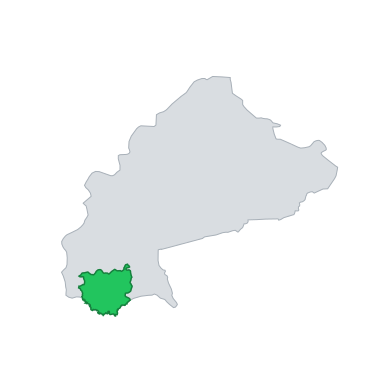 Komoé highlighted on a map of Burkina Faso, rotated 346°
{"feature_id": "BFA-2836", "entity_name": "Komoé", "entity_type": "Province", "adm_level": 1, "iso_a3": "BFA", "parent_name": "Burkina Faso", "parent_adm1": "", "projection": "albers", "projection_center": [-4.486, 10.237], "detail": "fine", "context": "in_parent", "style": "filled", "palette": "green", "viewbox_px": 384, "rotation_deg": 346, "n_neighbors": 0, "source": "natural_earth", "source_scale": "10m", "svg_char_len": 6564}
<svg xmlns="http://www.w3.org/2000/svg" viewBox="0 0 384 384"><g transform="rotate(346 192 192)"><path d="M284.5,238.6L274.9,239.1L271.4,240.2L269.3,240.3L269.2,239.4L268.9,238.9L256.8,236.1L248.3,234.5L239.6,232.6L239.2,234.5L237.9,235.6L236.1,235.8L234.8,235.5L233.9,236.9L232.5,238.8L230.5,239.7L228.6,240.9L227.5,241.9L226.7,241.9L224.7,239.6L222.1,239.4L217.2,239.8L215.0,239.2L212.0,238.9L204.9,239.5L193.5,238.6L191.7,239.2L191.2,239.6L180.0,239.8L167.6,240.0L157.3,240.2L148.2,240.3L148.2,239.9L145.3,239.9L145.0,240.7L142.5,250.2L142.2,255.3L143.6,258.5L145.1,260.6L146.9,261.4L147.0,262.5L145.7,264.0L145.8,265.6L147.4,267.1L147.8,268.8L147.0,270.5L147.2,274.7L148.5,281.3L148.5,285.5L147.4,287.5L148.0,290.8L150.2,295.5L150.6,297.5L149.8,298.4L148.0,299.7L146.1,299.7L143.9,296.8L142.9,295.5L141.1,292.7L139.6,289.7L137.6,288.5L135.6,287.3L133.1,283.6L130.8,281.9L128.3,282.4L124.7,281.7L117.4,280.8L109.5,281.1L106.3,282.0L103.1,283.3L94.9,286.3L91.7,287.7L89.3,291.5L86.5,291.4L83.7,290.2L82.0,288.5L78.3,288.9L74.7,287.2L71.2,284.0L68.6,283.0L65.4,280.6L64.5,276.2L62.4,273.1L60.5,268.8L57.7,266.8L54.5,265.8L50.0,266.0L47.0,264.3L44.7,261.7L45.3,259.6L46.4,256.5L46.5,253.5L47.2,248.6L46.8,242.5L46.0,238.3L48.5,236.6L51.4,235.0L53.2,232.1L55.0,225.7L55.8,220.1L55.2,218.0L54.3,216.4L53.5,214.0L53.1,211.0L53.6,208.5L55.8,206.1L58.5,204.1L60.4,203.2L65.5,202.2L71.9,200.8L75.6,199.1L78.2,197.4L79.7,196.1L81.3,193.4L83.7,191.3L85.6,189.2L85.9,183.3L85.9,179.9L84.5,178.0L83.7,176.5L93.1,171.8L93.2,168.6L91.9,164.9L90.0,162.0L89.3,159.5L91.9,156.5L94.2,154.3L95.9,152.4L99.6,149.5L103.4,148.7L106.9,149.8L117.2,156.6L119.0,157.0L121.1,156.5L123.9,154.7L127.4,153.3L128.6,148.7L128.5,142.0L129.3,138.9L131.1,138.4L137.1,139.6L138.6,139.7L140.3,139.3L141.5,138.1L141.5,135.9L141.2,134.0L143.1,127.8L146.6,123.1L153.6,117.2L155.8,116.0L158.4,115.4L171.1,119.3L173.2,118.3L176.2,108.4L179.7,107.4L183.8,107.2L186.5,106.3L187.9,105.6L193.9,101.8L204.5,96.6L210.2,94.3L211.3,93.5L215.3,89.8L220.7,85.6L224.2,84.7L229.0,84.3L232.0,85.0L232.8,86.1L233.8,86.7L240.0,84.9L249.0,87.6L256.8,90.2L256.3,92.0L256.4,95.1L255.8,100.1L255.1,106.0L258.3,109.7L262.2,113.8L263.3,115.4L262.3,119.4L263.1,121.8L265.2,125.7L268.7,130.7L272.3,135.8L274.8,136.5L277.1,136.8L278.6,137.7L280.7,138.6L282.7,139.2L284.5,140.3L285.7,141.3L287.3,144.5L291.3,146.5L294.1,148.6L293.0,149.7L289.5,149.3L286.2,148.4L285.8,150.0L285.8,155.8L286.4,160.7L287.2,161.3L290.5,162.2L298.5,168.4L305.7,174.2L308.1,175.7L312.0,176.3L316.5,176.4L318.3,175.8L322.6,172.7L324.8,172.3L326.9,172.4L328.1,172.8L330.2,175.3L332.2,178.9L332.8,181.7L332.6,183.2L332.0,183.7L328.5,184.5L327.0,185.1L326.6,185.9L327.2,187.8L327.9,188.9L331.9,194.2L337.5,201.3L339.3,203.2L338.4,205.4L335.7,211.1L333.6,213.5L324.4,221.7L319.8,220.8L310.3,222.6L308.8,220.8L306.6,220.6L303.8,221.0L302.8,221.7L302.5,222.5L301.5,223.6L299.8,226.8L298.5,227.6L296.8,228.2L294.7,228.1L293.5,228.6L293.5,230.2L293.1,231.5L291.7,232.2L291.2,233.8L291.3,235.3L290.5,236.0L288.7,235.6L287.6,235.2L286.6,237.2L285.4,238.6L284.5,238.6Z" fill="#d9dde1" stroke="#a8b0b8" stroke-width="1"/><path d="M60.3,270.1L59.9,270.1L59.9,269.9L60.0,269.7L60.1,267.4L59.8,266.8L60.8,266.0L60.8,265.3L60.9,264.7L61.3,264.1L61.4,263.6L61.2,262.3L61.2,261.6L60.9,260.9L60.3,260.2L60.2,258.6L59.4,258.2L58.8,257.6L59.2,256.8L59.6,256.0L60.0,256.2L60.9,256.3L62.0,255.9L63.1,255.7L63.8,255.4L64.4,255.7L64.9,255.7L65.3,255.1L65.9,253.9L66.1,253.2L66.3,252.5L66.2,251.1L65.9,249.9L66.1,249.1L66.2,248.2L65.6,247.7L65.0,247.8L64.4,247.6L63.4,247.4L62.4,246.9L62.0,246.3L64.0,245.6L65.6,244.2L66.4,244.1L68.0,244.4L71.2,244.4L71.7,244.6L72.0,244.9L72.2,245.4L73.3,246.7L73.7,247.4L74.3,247.7L75.3,248.0L76.2,248.5L76.9,248.4L78.9,247.0L79.2,246.6L79.8,245.9L80.9,245.3L81.8,244.9L82.7,244.9L83.6,245.0L84.5,245.3L85.3,246.2L86.2,248.7L86.6,249.3L87.2,249.6L88.2,249.6L90.4,250.3L90.7,250.6L90.9,251.0L91.3,251.4L91.9,251.4L93.9,250.2L94.2,250.0L95.2,249.5L96.7,249.0L97.8,248.5L98.3,248.4L98.6,248.6L99.5,249.6L100.0,250.1L100.5,250.4L101.3,250.6L103.5,251.0L104.3,251.9L104.9,251.8L105.5,251.5L106.7,251.1L107.2,250.7L107.4,250.1L107.5,249.3L108.8,248.0L109.2,247.3L109.7,246.8L110.3,246.5L111.9,246.5L111.9,246.8L112.2,247.4L112.8,248.0L113.1,248.8L113.3,249.6L112.7,249.9L110.6,249.9L109.9,250.0L109.5,250.3L109.4,250.7L109.3,251.1L109.5,251.6L109.9,252.0L110.5,252.2L112.0,252.3L112.4,252.7L113.1,253.5L113.1,253.8L113.1,254.4L113.0,254.8L112.9,255.2L112.8,258.5L113.0,259.6L113.0,260.2L112.8,260.3L112.5,260.6L112.1,261.0L111.8,261.8L111.4,262.7L110.4,264.1L110.2,264.4L110.0,264.6L110.0,265.3L110.3,265.8L110.5,266.3L110.7,267.6L111.0,268.3L111.1,268.9L110.8,269.6L109.6,271.3L108.9,272.7L108.5,273.3L107.3,273.9L105.7,274.4L104.8,274.4L103.7,274.1L102.9,274.2L102.6,274.8L102.2,276.0L102.0,276.5L102.4,277.5L104.6,279.3L105.7,280.4L105.8,281.2L105.8,281.8L105.8,282.0L105.1,282.2L103.7,283.1L102.9,283.3L102.3,283.6L102.1,284.3L101.9,284.8L100.7,284.8L100.4,284.9L99.8,285.2L99.8,285.3L99.8,285.5L99.7,285.7L99.2,285.7L98.9,285.4L96.7,284.8L96.1,284.9L95.4,285.4L94.3,286.9L93.6,287.3L92.2,287.5L91.6,287.7L91.1,288.2L91.7,288.4L90.6,289.6L90.3,289.9L90.3,290.2L90.5,291.1L90.4,291.6L89.9,292.6L89.6,292.9L88.6,292.4L88.0,292.3L87.9,292.9L87.9,293.5L87.8,293.8L87.3,293.6L87.0,293.2L86.7,291.9L86.4,291.4L85.5,291.2L84.1,291.2L82.9,291.1L82.4,290.3L82.5,289.6L82.8,288.6L82.9,288.0L82.8,287.8L82.6,287.7L82.3,287.6L81.6,287.6L81.5,287.8L81.4,288.1L81.2,288.6L81.2,289.1L81.0,289.5L80.5,289.7L80.0,289.5L79.5,288.7L79.1,288.4L78.6,288.9L78.2,289.1L77.7,289.2L77.1,289.2L77.2,289.3L77.0,289.5L76.8,289.7L76.5,289.9L76.2,290.1L76.2,289.9L76.0,289.7L75.5,289.5L75.3,289.3L75.2,289.0L75.1,288.6L75.0,288.4L74.6,288.0L74.4,287.7L74.2,287.5L74.0,287.4L73.7,287.3L73.3,287.4L73.2,287.5L73.4,287.9L72.9,288.0L72.4,287.2L71.9,287.3L71.8,287.0L71.7,286.9L71.4,286.6L71.4,286.3L71.7,286.3L72.0,286.3L72.6,286.0L72.3,285.4L72.1,284.5L71.8,284.0L71.1,284.2L70.8,283.4L70.3,282.9L69.6,282.7L68.7,282.6L68.4,282.6L68.2,282.4L68.1,282.2L67.6,282.1L67.4,282.3L67.2,282.6L66.9,282.9L66.6,282.8L65.5,281.7L65.5,281.3L66.0,279.8L65.9,279.5L65.5,278.6L65.1,278.1L65.0,277.7L65.8,277.7L65.9,277.1L65.6,276.4L65.2,275.9L64.8,275.6L64.3,275.3L63.9,275.0L63.7,274.3L63.3,274.6L62.9,274.8L62.5,274.7L62.2,274.3L62.7,274.0L62.4,274.0L62.2,273.9L61.6,273.8L62.0,273.5L62.9,273.2L62.8,272.9L61.8,272.2L61.6,271.9L61.9,271.2L60.9,271.2L60.9,270.8L61.2,270.1L61.1,269.3L61.0,269.6L60.8,269.8L60.6,270.0L60.3,270.1Z" fill="#22c55e" stroke="#15803d" stroke-width="1.5"/></g></svg>